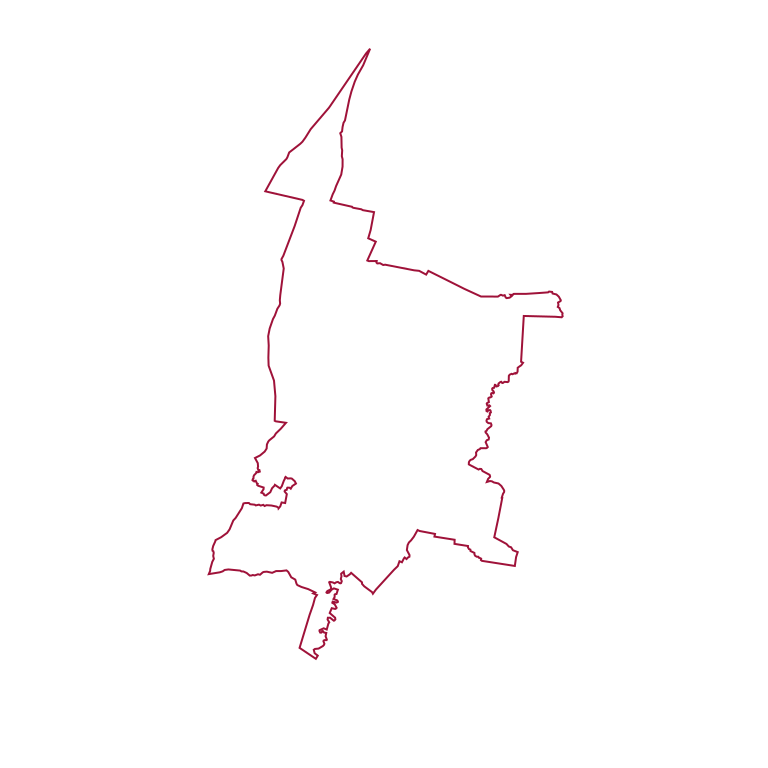 Scheia, Iasi, Romania, rotated 216°
{"feature_id": "2599482B98020878229832", "entity_name": "Scheia", "entity_type": "district", "adm_level": 2, "iso_a3": "ROU", "parent_name": "Romania", "parent_adm1": "Iasi", "projection": "mercator", "projection_center": [27.497, 46.938], "detail": "fine", "context": "isolated", "style": "outline", "palette": "rose", "viewbox_px": 768, "rotation_deg": 216, "n_neighbors": 0, "source": "geoboundaries", "source_scale": "gbopen_adm2", "svg_char_len": 6166}
<svg xmlns="http://www.w3.org/2000/svg" viewBox="0 0 768 768"><g transform="rotate(216 384 384)"><path d="M290.2,555.7L293.9,557.4L297.1,557.8L300.8,556.3L302.1,557.3L304.8,555.8L305.1,554.6L311.6,549.1L322.2,540.3L332.2,533.0L332.2,531.7L334.1,530.5L332.4,530.0L333.1,527.7L335.2,525.6L336.3,525.5L338.6,526.8L339.7,525.4L341.6,525.0L342.1,524.6L343.2,521.7L356.9,511.8L374.9,508.2L414.6,501.6L414.2,497.3L422.1,496.2L426.4,493.7L453.2,481.2L454.6,479.8L458.2,479.4L460.3,477.6L461.5,477.8L462.2,479.2L468.5,474.5L470.1,474.1L474.3,494.3L482.4,492.6L485.3,500.7L493.1,517.2L503.3,512.2L505.1,512.0L512.2,508.6L513.3,508.3L514.0,508.6L530.5,501.5L531.3,501.2L531.7,502.1L535.2,501.0L537.0,507.3L537.7,511.4L539.1,516.0L541.7,528.3L545.3,535.5L549.6,541.5L552.0,543.5L555.2,548.5L557.2,550.3L563.7,558.9L566.8,561.2L566.4,563.7L568.6,567.6L570.3,571.6L570.5,574.3L579.3,593.7L582.3,601.5L585.4,611.5L587.0,619.0L588.2,629.6L592.3,647.1L592.8,640.9L590.9,575.3L593.1,547.1L592.4,537.1L592.4,532.0L592.9,529.2L596.8,515.6L595.4,510.5L595.2,508.6L596.6,500.1L596.6,496.6L593.3,470.1L558.2,485.0L556.4,485.2L555.1,480.7L555.0,477.7L549.1,459.2L540.8,428.5L540.4,425.0L539.9,424.1L538.0,423.1L533.0,418.5L520.2,395.0L517.5,390.5L515.3,388.0L514.7,386.2L514.5,382.2L512.5,375.1L512.0,371.3L509.1,361.7L505.8,354.6L499.9,347.4L493.0,337.3L488.1,331.0L475.0,322.1L464.7,310.3L450.8,290.0L449.6,290.2L440.5,295.0L441.2,287.2L442.4,280.4L442.1,277.0L443.7,271.0L443.8,269.4L443.2,266.3L441.0,262.8L440.8,259.2L442.3,253.3L444.9,248.3L439.6,245.8L437.3,243.1L436.8,241.7L434.9,240.4L434.2,241.1L433.0,240.1L434.2,238.4L435.5,237.9L435.1,236.5L435.5,233.7L435.1,232.3L434.2,231.1L434.3,230.2L433.9,228.9L433.0,228.8L432.6,229.2L431.7,228.9L430.9,230.3L428.4,228.9L427.5,229.0L427.3,227.8L426.0,227.7L420.5,229.5L419.6,228.1L419.4,224.0L416.9,224.6L416.2,223.9L415.2,223.8L414.0,224.4L412.4,229.6L413.3,233.9L412.8,237.5L413.0,238.3L406.6,238.5L406.6,241.2L408.3,247.3L408.3,248.4L409.0,250.1L409.0,251.0L406.4,250.9L403.9,252.9L402.9,253.3L399.0,252.9L396.7,251.7L398.2,247.6L397.9,244.5L399.4,244.6L401.2,243.4L401.2,242.8L400.5,241.2L401.5,240.0L401.6,239.4L401.2,238.6L397.9,237.8L394.0,229.6L397.2,228.0L396.0,224.0L396.2,221.4L396.7,221.9L398.8,221.7L403.7,219.5L407.8,216.9L408.9,215.1L410.6,215.3L412.3,213.2L414.2,212.9L416.4,210.4L417.6,210.4L421.6,208.1L423.4,208.3L426.4,206.0L427.5,204.7L426.0,200.0L425.3,188.5L425.7,185.0L423.5,175.7L423.4,171.4L425.7,164.3L428.5,158.7L428.0,157.5L427.0,152.6L425.7,149.4L424.7,148.3L423.8,148.4L422.5,147.3L421.1,144.5L418.9,142.6L418.4,139.2L415.8,132.2L414.8,130.6L414.0,127.2L406.1,135.2L404.4,137.6L403.6,139.9L400.9,142.5L390.7,148.5L389.2,148.6L387.5,149.7L384.0,150.4L380.0,150.1L378.7,151.1L377.9,152.3L376.0,153.2L374.1,156.0L372.2,156.8L371.4,160.3L370.8,161.3L368.5,163.3L363.5,165.5L361.3,169.3L357.5,172.0L353.3,175.9L351.0,175.7L345.4,173.1L340.8,173.6L337.4,171.0L335.9,170.4L331.4,171.3L324.8,173.5L317.2,174.9L318.1,173.0L314.2,173.9L314.1,170.3L311.5,163.5L308.5,153.5L297.2,120.9L277.6,121.6L277.9,125.3L281.8,125.4L284.6,127.7L284.1,129.1L281.4,131.5L279.4,136.1L279.2,137.6L279.5,138.8L281.8,140.3L282.0,140.9L281.6,141.8L279.9,143.0L280.0,143.6L283.0,145.6L284.4,148.7L286.3,147.7L288.3,148.2L288.7,147.7L288.4,146.6L288.7,145.9L289.5,145.4L291.1,146.3L291.4,147.0L289.2,150.9L286.0,151.7L288.2,157.6L288.2,159.0L291.2,160.3L292.0,161.9L290.2,163.2L285.5,163.0L285.1,163.5L285.0,165.0L286.2,166.2L293.3,166.8L294.5,171.9L291.3,173.3L290.7,174.5L290.8,175.1L294.4,176.8L297.2,176.6L297.6,177.8L293.9,179.3L293.2,180.5L293.5,181.0L294.7,181.4L298.5,180.4L298.7,182.6L300.1,184.5L300.0,185.2L299.0,186.2L300.4,190.5L304.4,189.2L305.5,186.8L305.8,183.0L307.0,181.6L307.7,181.4L308.1,181.6L308.1,183.3L306.6,186.1L306.5,187.3L307.2,188.3L311.8,191.4L311.5,192.1L308.7,193.4L306.8,193.7L306.1,195.5L304.9,196.8L302.8,196.8L301.9,197.3L301.7,197.8L302.3,199.7L304.3,200.8L305.4,203.5L307.1,205.2L307.1,205.6L306.3,208.5L303.1,205.5L301.1,206.3L299.8,209.9L299.6,211.9L285.2,210.6L284.3,209.4L281.1,208.7L271.3,208.6L269.7,207.8L269.7,212.9L266.7,239.7L265.8,244.7L267.3,249.7L264.7,250.3L265.4,254.7L265.3,255.8L262.9,255.6L262.6,257.8L261.9,259.2L262.8,260.6L267.9,263.1L270.2,267.5L270.7,270.4L270.2,273.4L270.1,278.0L271.0,285.6L268.8,286.0L254.6,292.7L253.5,290.2L235.3,299.5L233.0,296.1L220.8,302.3L220.1,301.2L218.2,300.4L216.8,300.8L215.8,299.7L211.6,300.5L210.5,299.2L209.2,298.6L207.4,298.8L206.1,299.7L205.2,299.2L203.2,299.8L202.6,299.7L202.1,298.5L200.8,298.5L171.2,313.7L175.4,321.6L177.0,326.6L182.0,325.3L185.2,326.6L187.5,325.9L190.9,326.6L204.7,324.8L212.6,342.6L221.4,361.4L221.9,361.2L223.2,365.2L223.3,367.1L223.9,368.2L225.0,368.9L229.2,370.5L232.9,370.8L237.3,368.9L239.5,368.7L241.2,367.8L243.2,365.2L244.0,368.5L243.6,371.0L243.9,371.7L245.2,372.6L253.1,371.5L255.3,372.4L256.6,371.7L257.2,370.4L268.1,368.8L269.1,370.2L269.5,371.2L269.5,372.7L269.2,373.7L268.0,375.4L267.4,379.1L267.6,380.7L269.3,382.7L269.3,385.8L268.2,387.6L268.2,388.8L263.7,392.0L263.2,392.7L263.0,394.0L267.6,396.7L267.8,398.9L266.7,400.6L267.5,402.3L270.9,404.0L273.3,404.5L274.0,405.3L273.5,406.4L273.8,408.2L272.5,412.9L272.9,414.0L274.4,415.0L276.6,413.7L278.6,413.8L279.5,414.5L280.0,416.0L278.6,417.9L280.1,418.9L280.1,421.2L281.3,422.6L280.8,423.8L282.2,425.1L282.9,425.2L284.0,424.3L284.2,422.5L285.2,422.4L286.2,423.6L285.2,428.5L286.2,428.7L287.7,427.3L289.3,428.4L289.4,429.2L288.5,431.0L291.2,433.7L290.9,434.9L289.9,435.9L289.5,437.1L291.4,438.6L291.7,439.5L291.3,440.3L290.0,440.7L289.9,441.6L290.9,442.4L293.0,442.9L293.8,444.0L293.7,444.6L292.7,445.7L293.8,448.5L293.3,448.8L291.6,448.1L290.6,449.3L290.5,450.4L291.3,450.8L291.6,451.8L291.0,454.0L290.5,454.7L288.9,454.3L288.4,454.8L287.8,456.6L285.1,458.2L284.7,459.0L284.9,459.8L287.8,464.0L287.8,465.4L286.8,467.2L285.7,467.5L285.0,468.9L284.0,469.5L284.2,470.1L283.0,470.6L283.2,472.5L285.4,475.8L284.0,479.9L284.0,482.9L286.2,482.6L310.9,521.2L284.9,539.1L279.5,542.4L279.3,543.8L280.5,544.9L281.1,546.2L284.7,547.2L286.7,548.6L288.7,548.5L289.3,550.5L291.1,552.2L289.9,554.8L290.2,555.7Z" fill="none" stroke="#9f1239" stroke-width="2"/></g></svg>